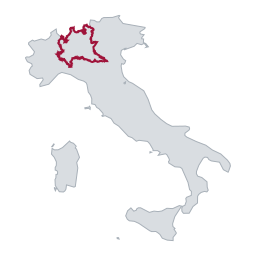 location of Lombardia, Bergamo, Italy
{"feature_id": "23120603B71310509030930", "entity_name": "Lombardia", "entity_type": "district", "adm_level": 2, "iso_a3": "ITA", "parent_name": "Italy", "parent_adm1": "Bergamo", "projection": "natural_earth1", "projection_center": [9.792, 45.657], "detail": "fine", "context": "in_parent", "style": "outline", "palette": "rose", "viewbox_px": 256, "rotation_deg": 0, "n_neighbors": 0, "source": "geoboundaries", "source_scale": "gbopen_adm2", "svg_char_len": 8420}
<svg xmlns="http://www.w3.org/2000/svg" viewBox="0 0 256 256"><path d="M32.5,40.1L34.3,41.1L41.2,39.0L45.4,40.2L48.9,38.2L51.2,35.1L50.7,32.7L56.2,29.0L56.8,33.3L59.9,36.1L62.9,36.9L62.2,38.6L65.1,42.2L66.3,41.8L66.7,41.2L66.0,38.2L70.2,32.4L70.3,28.3L71.1,27.9L73.2,28.2L74.9,32.0L81.8,30.8L84.2,33.6L85.3,33.1L83.4,28.2L84.3,25.7L86.1,25.2L87.4,26.4L90.1,26.7L90.2,25.3L89.5,24.3L90.4,20.0L94.4,20.4L96.7,21.9L99.5,21.9L101.8,18.5L103.7,17.6L112.6,17.4L119.2,15.4L119.8,15.8L118.6,17.4L119.0,18.5L123.0,23.5L145.1,27.4L144.8,28.6L140.1,31.7L139.8,32.9L140.5,34.0L144.1,34.7L141.7,37.7L141.7,38.8L143.6,39.0L143.4,42.5L145.8,43.6L148.4,46.8L145.8,47.4L146.8,46.5L144.2,43.4L141.4,44.7L137.0,43.4L134.1,46.3L124.0,49.9L125.8,48.3L125.0,48.3L121.3,50.4L120.6,54.8L123.4,59.1L125.7,60.7L124.7,63.3L123.4,64.3L121.6,63.6L121.1,66.0L122.1,72.3L123.7,76.7L128.8,81.7L132.5,83.3L143.8,90.8L148.1,99.3L151.8,109.9L154.8,113.9L161.0,119.5L166.7,123.7L172.0,126.3L185.7,126.1L189.2,127.1L189.6,128.9L189.0,130.1L185.0,133.1L184.8,135.4L186.8,137.1L196.2,141.5L205.8,145.2L212.4,150.0L220.8,154.0L227.5,160.2L229.9,163.5L230.4,166.0L228.9,170.4L228.1,172.2L223.4,169.7L219.5,162.2L211.3,160.9L208.9,159.6L207.5,157.4L204.9,157.1L203.1,158.3L198.8,165.3L196.5,171.4L196.4,173.8L197.8,176.2L201.8,177.5L207.0,181.8L207.2,187.1L208.2,190.2L206.9,191.9L204.4,191.4L201.0,192.5L198.6,194.5L197.6,196.3L197.5,203.0L193.0,206.5L189.2,213.2L183.4,213.3L181.9,211.2L181.8,208.1L182.8,206.2L184.9,205.3L186.3,201.4L185.8,198.5L186.6,197.3L191.3,195.4L191.4,191.4L189.6,189.6L188.0,182.4L181.9,168.5L180.0,167.2L174.9,166.8L168.9,163.1L168.5,161.6L169.5,160.1L168.8,158.1L166.8,154.6L165.5,153.8L158.2,155.3L160.2,152.4L157.6,150.6L153.0,150.6L153.0,149.4L149.7,143.7L147.5,141.4L139.0,140.3L136.3,141.2L132.1,137.7L128.3,136.3L118.7,126.1L114.0,123.1L111.1,118.6L105.2,115.7L102.5,116.4L101.8,115.8L103.2,114.9L102.9,113.2L99.0,108.8L96.7,107.4L95.0,104.5L91.7,103.9L91.8,98.8L90.5,95.1L88.3,92.1L87.0,84.7L86.1,82.7L83.7,81.1L78.3,79.4L70.7,74.7L61.8,72.4L58.2,74.1L48.8,84.2L40.0,86.6L39.8,84.5L43.2,79.8L42.6,78.0L37.1,78.6L30.0,74.3L29.1,70.5L31.1,67.0L32.3,66.1L31.7,63.7L27.4,61.7L25.7,58.5L25.6,57.5L26.7,56.9L29.2,57.1L33.3,54.8L34.5,51.8L28.5,44.1L28.8,42.5L32.5,40.1ZM125.3,83.7L125.6,81.8L123.8,83.0L124.3,83.8L125.3,83.7ZM181.6,206.1L174.8,216.6L172.6,223.8L172.9,226.5L175.0,228.5L174.0,229.2L176.2,232.6L176.2,233.5L173.1,237.3L173.1,240.6L167.2,240.1L162.3,238.2L159.9,234.4L157.9,232.8L155.9,231.5L151.7,231.6L149.8,230.8L138.7,223.3L134.3,221.3L129.3,220.8L127.3,219.2L125.7,215.9L127.6,210.8L130.9,207.9L133.8,211.2L136.4,210.1L136.5,209.1L138.3,207.8L140.6,207.8L149.4,212.4L154.0,211.1L158.1,211.6L161.9,211.0L166.9,208.3L172.7,208.6L179.3,205.6L181.6,206.1ZM76.5,149.1L79.5,157.4L76.7,162.5L77.8,167.9L75.3,186.5L74.0,187.1L66.5,184.9L65.9,189.2L64.9,190.9L63.4,192.0L59.3,191.7L55.3,185.6L55.0,179.6L55.9,177.8L56.0,174.4L57.5,174.2L57.6,171.8L56.7,170.5L55.2,170.1L55.2,167.5L56.3,165.5L56.4,161.9L54.3,157.4L51.5,154.1L52.1,148.4L54.5,149.9L58.2,149.8L62.5,147.6L69.6,141.0L70.5,142.2L73.5,143.3L76.2,146.2L75.2,148.0L76.5,149.1ZM89.6,106.2L90.3,107.6L90.1,109.4L88.6,108.3L85.1,108.8L84.8,107.8L89.0,107.0L89.6,106.2ZM56.4,188.6L55.4,190.8L54.3,188.0L54.4,187.6L56.4,188.6ZM54.2,144.3L52.6,146.7L51.8,146.6L53.8,143.9L54.2,144.3ZM119.1,239.1L117.2,238.6L117.1,237.6L118.6,237.7L119.1,239.1ZM151.6,152.2L149.9,152.9L150.0,151.7L151.6,152.2Z" fill="#d9dde1" stroke="#a8b0b8" stroke-width="1"/><path d="M69.2,66.8L70.0,66.8L69.8,66.4L69.8,66.1L70.2,66.9L71.3,66.7L71.1,66.3L71.5,65.7L70.7,65.2L71.2,64.7L71.3,64.3L72.0,63.8L71.8,63.5L71.6,62.8L70.9,62.6L70.8,62.4L70.6,62.3L70.9,61.7L70.7,61.5L71.3,61.2L71.7,60.1L72.1,59.9L72.2,59.6L72.2,58.9L72.7,58.4L72.9,58.4L72.8,58.2L73.2,58.2L73.3,58.0L74.3,57.8L74.9,58.3L75.2,58.0L74.9,57.4L75.1,57.2L75.5,57.7L75.8,57.9L76.2,57.6L76.4,57.1L76.5,57.2L76.7,57.5L76.6,58.2L77.3,58.3L78.0,58.8L78.6,58.3L78.5,57.6L79.1,58.1L79.7,58.3L79.7,58.8L79.8,58.9L80.0,58.7L80.1,57.9L80.5,58.0L80.8,58.4L81.1,58.3L81.1,58.0L80.8,57.6L80.8,57.3L81.5,57.1L81.4,57.9L82.6,57.1L83.3,57.9L83.2,58.4L83.6,58.7L83.7,59.1L84.2,59.0L84.3,59.4L84.6,59.5L85.5,59.1L86.0,59.4L86.4,59.3L87.2,59.6L87.5,60.1L88.0,60.0L88.1,60.3L88.9,60.7L89.7,60.3L90.2,61.2L91.7,61.9L92.5,62.0L93.5,61.6L94.5,60.3L94.6,60.8L95.2,60.2L95.4,60.4L95.5,61.1L97.0,61.4L97.2,61.6L97.5,61.5L97.7,61.8L98.1,61.7L98.0,61.9L98.4,61.6L98.8,61.7L99.8,61.0L100.8,61.1L101.1,60.8L101.8,61.0L102.4,61.4L104.0,61.0L104.4,61.3L104.6,60.9L104.9,60.8L105.9,61.1L106.2,60.9L106.6,61.1L107.1,61.1L106.9,60.7L105.5,60.2L105.0,59.7L104.5,59.6L104.3,59.3L104.4,59.0L104.3,58.8L103.9,59.1L103.2,58.7L102.8,58.7L102.8,58.4L103.0,58.2L102.8,58.1L102.8,57.9L103.2,57.6L102.3,57.3L102.0,57.8L101.5,57.6L101.4,57.7L101.5,58.0L101.1,57.9L100.3,57.4L100.6,56.8L100.3,56.8L100.3,56.6L99.7,56.8L99.7,56.0L99.5,55.7L98.7,55.4L98.7,55.0L97.2,54.5L96.9,53.9L96.1,53.2L95.3,53.8L95.2,53.7L95.2,53.2L94.8,53.2L94.9,52.8L94.5,52.6L94.4,52.4L94.9,52.1L94.6,51.8L95.0,51.5L94.9,51.0L94.1,50.8L93.9,51.1L93.7,51.0L93.8,50.5L93.4,50.6L93.8,50.4L93.4,47.0L94.8,45.5L97.0,42.1L96.2,42.1L95.9,41.9L95.6,42.2L95.2,41.9L94.8,42.0L94.6,41.9L94.2,42.2L93.9,42.1L93.9,42.3L93.7,42.8L93.2,42.7L92.1,43.2L91.8,43.1L91.9,42.8L91.7,42.7L92.0,42.4L91.3,42.2L91.3,41.2L91.1,40.9L91.4,40.3L91.0,39.7L91.1,39.1L90.5,39.0L90.5,38.7L90.6,38.3L91.0,38.0L90.9,37.3L92.0,36.3L92.1,35.9L92.0,35.4L92.3,35.0L91.9,34.5L92.4,33.8L92.4,33.5L92.7,33.3L92.5,32.6L92.2,32.5L92.6,32.1L92.3,31.8L92.3,31.5L91.5,31.1L91.6,30.9L91.9,30.9L91.9,30.7L92.4,30.4L93.0,30.4L93.5,29.9L93.2,29.6L93.3,28.9L92.9,28.5L92.0,28.0L90.8,27.9L90.5,27.6L90.4,27.2L89.9,26.7L89.5,26.9L88.7,26.6L88.5,26.9L88.3,26.7L87.8,26.7L87.6,26.3L86.9,26.1L86.9,25.9L87.1,25.5L86.8,24.9L86.4,25.3L86.0,25.1L85.0,25.5L84.5,25.4L84.5,26.0L84.1,26.2L84.2,26.4L83.5,27.0L83.7,27.4L83.5,27.6L83.6,27.8L83.5,28.3L83.7,28.6L83.5,29.0L84.1,29.5L85.0,29.3L85.6,29.8L85.5,30.2L85.0,30.4L85.0,30.8L84.6,31.0L84.6,31.4L84.8,31.8L85.4,32.2L85.8,33.0L85.0,33.7L84.4,33.6L84.0,33.9L83.6,33.6L83.8,33.2L83.7,32.8L82.7,32.4L82.8,31.8L82.5,31.6L82.7,31.0L82.2,30.7L82.1,30.4L81.5,30.7L81.2,30.4L80.6,30.8L80.0,30.8L79.1,31.3L78.4,31.0L78.1,31.2L78.2,31.4L78.0,31.6L78.2,31.8L78.0,32.2L77.5,32.2L77.3,32.0L76.8,32.4L76.4,32.4L75.1,32.0L74.6,31.4L74.3,30.7L73.7,30.5L73.8,30.2L73.6,29.5L73.8,28.4L73.7,28.2L73.7,27.6L73.3,27.9L72.9,28.5L72.3,28.1L72.2,27.7L70.7,27.9L70.6,28.2L70.6,28.6L70.1,28.9L70.1,29.2L70.7,29.7L70.6,30.1L70.6,30.6L70.9,30.9L70.9,31.3L71.0,31.5L70.7,31.9L70.7,32.2L70.2,32.8L70.1,33.5L69.7,33.6L69.6,33.9L69.3,34.1L69.2,34.7L69.0,34.9L68.6,34.9L68.0,35.6L67.1,36.0L67.4,36.6L67.2,37.1L66.3,37.4L66.1,37.7L66.4,38.7L65.7,39.2L66.2,39.4L66.2,40.1L66.9,40.2L67.2,40.4L67.2,40.7L67.4,40.7L66.8,41.3L66.5,42.3L66.2,42.4L65.8,42.3L65.9,42.1L65.4,42.1L65.2,41.9L64.4,42.2L64.5,41.8L65.0,41.4L64.8,41.3L64.6,40.5L64.1,40.0L64.1,39.4L63.7,39.4L63.1,38.8L62.3,38.8L62.6,38.1L63.0,37.8L63.1,37.6L63.3,37.5L63.5,37.2L63.4,36.9L62.7,36.4L62.3,36.5L61.9,36.3L61.6,35.9L61.0,36.6L61.3,38.1L58.7,40.7L59.1,42.1L58.8,42.5L58.4,42.7L58.3,43.2L59.0,44.3L59.9,44.5L60.0,44.7L59.8,45.5L60.5,45.5L60.3,45.8L60.6,46.3L60.1,46.3L60.2,46.6L60.5,46.7L60.9,47.1L60.9,47.4L60.7,47.6L60.9,47.8L61.1,48.6L61.0,48.9L61.3,49.2L62.3,49.6L62.3,50.1L62.7,50.4L62.6,50.7L62.9,50.7L62.8,50.8L63.2,51.5L62.7,51.6L62.5,51.9L61.9,51.6L61.8,51.9L61.1,51.9L61.1,52.0L61.8,52.5L61.5,52.9L61.2,52.8L61.1,53.5L60.6,53.7L60.2,53.7L60.0,53.0L59.6,52.8L59.7,52.5L59.5,52.3L58.7,52.5L58.3,52.2L58.3,52.4L57.8,52.6L58.0,53.2L57.6,53.3L57.4,53.7L57.7,53.7L57.6,54.1L58.0,54.0L57.9,54.5L58.1,54.5L57.8,54.5L58.3,54.8L57.9,54.9L58.1,55.0L57.8,55.2L58.2,55.6L57.8,55.7L58.2,55.8L58.7,55.5L58.8,55.7L58.3,55.9L58.1,56.3L58.3,56.4L58.3,56.6L58.7,56.7L58.9,57.2L59.3,57.3L59.2,57.7L59.8,58.4L59.7,58.6L59.9,58.8L59.6,59.1L59.9,59.3L60.1,59.6L60.3,59.4L60.6,59.6L60.9,59.2L61.2,59.5L61.6,59.6L61.6,59.8L61.9,59.7L62.0,59.9L62.1,59.5L62.5,59.5L62.4,59.2L62.7,59.4L62.6,59.2L62.9,59.2L63.2,59.1L63.2,58.9L63.6,59.0L63.9,58.7L63.8,58.8L64.1,58.9L64.2,59.8L64.4,60.3L65.2,60.3L65.5,61.0L65.3,61.2L65.7,61.5L65.8,62.0L66.4,62.4L66.8,62.4L67.0,62.9L66.7,63.2L67.1,63.7L67.1,63.9L67.5,63.9L67.7,64.2L68.6,64.0L68.8,64.4L68.8,64.9L69.5,65.3L69.2,66.8ZM70.8,66.4L71.0,66.4L70.8,66.4ZM65.5,38.9L65.4,38.9L65.2,39.3L65.5,39.3L65.5,38.9Z" fill="none" stroke="#9f1239" stroke-width="2"/></svg>